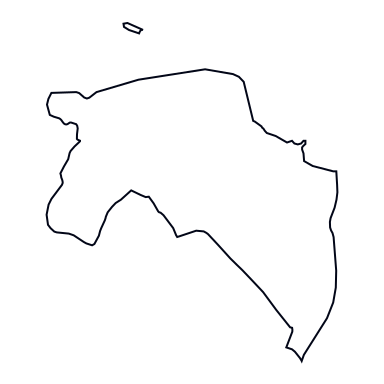 Groningen, Mercator projection
{"feature_id": "NLD-897", "entity_name": "Groningen", "entity_type": "Province", "adm_level": 1, "iso_a3": "NLD", "parent_name": "Netherlands", "parent_adm1": "", "projection": "mercator", "projection_center": [6.616, 53.2], "detail": "fine", "context": "isolated", "style": "outline", "palette": "ink", "viewbox_px": 384, "rotation_deg": 0, "n_neighbors": 0, "source": "natural_earth", "source_scale": "10m", "svg_char_len": 1953}
<svg xmlns="http://www.w3.org/2000/svg" viewBox="0 0 384 384"><path d="M336.3,171.3L337.1,184.7L337.4,192.3L336.5,199.6L334.6,207.7L330.6,218.1L329.9,221.9L330.1,227.5L331.1,230.5L332.5,233.0L333.6,237.1L336.2,270.7L335.8,287.6L333.2,302.5L327.0,318.2L303.9,354.8L301.7,361.0L301.6,360.8L300.0,358.1L294.9,351.7L292.0,349.3L286.3,347.4L292.3,331.7L292.4,329.8L292.1,327.8L290.1,327.3L276.3,310.0L263.1,292.1L252.2,280.5L242.3,270.1L237.0,265.0L230.3,258.4L217.9,244.7L208.0,234.1L206.4,232.9L203.7,231.4L196.2,230.7L178.8,236.5L177.2,237.0L176.7,236.1L176.2,235.4L173.2,228.1L163.5,215.2L160.6,212.7L159.0,212.2L158.2,211.4L153.6,203.3L148.8,196.7L145.7,197.1L140.5,194.9L131.2,190.4L120.9,199.7L115.7,203.0L112.0,206.9L107.7,212.3L105.8,216.9L105.6,218.0L104.8,220.4L101.3,228.0L100.1,231.0L98.9,235.7L94.4,244.0L92.1,245.3L86.3,243.4L83.8,242.0L73.7,235.3L68.8,233.6L56.8,232.4L54.3,231.6L50.6,228.2L48.0,224.8L46.6,214.7L48.6,204.6L51.5,198.8L62.0,184.8L62.7,182.9L62.6,181.6L62.3,180.2L61.8,178.8L61.3,177.6L61.0,175.6L60.4,173.4L64.0,166.4L68.2,159.2L69.6,153.1L70.6,151.0L74.5,146.5L79.2,142.1L80.0,141.2L80.0,140.7L78.1,139.9L77.4,139.5L76.9,138.9L77.0,134.3L77.7,128.4L77.2,125.8L76.2,124.2L71.0,122.5L70.0,122.5L69.3,122.9L67.7,124.0L66.7,124.4L65.8,124.4L65.0,124.2L64.0,123.6L62.9,122.3L61.2,119.9L60.1,118.9L59.1,118.3L53.8,116.7L49.8,114.9L47.0,104.6L48.4,98.9L51.4,92.9L76.3,92.1L79.2,93.1L84.2,97.5L86.9,98.5L89.3,97.7L96.5,92.1L138.5,79.7L205.1,69.3L233.0,74.1L238.9,76.8L243.7,81.8L253.2,120.9L254.7,121.5L261.5,126.4L262.1,127.6L263.4,128.6L264.8,130.8L266.8,133.0L275.7,136.0L287.0,142.5L292.0,140.8L294.4,143.5L297.8,144.4L301.1,143.5L303.5,140.8L305.4,140.8L305.4,144.0L303.2,146.0L302.1,147.4L302.1,149.5L303.5,153.4L304.1,161.1L312.7,166.0L333.1,171.3L336.3,171.3ZM123.5,23.7L127.4,23.0L143.0,29.9L141.7,29.8L140.7,30.4L139.8,31.6L139.1,33.4L129.0,30.0L124.0,26.9L123.5,23.7Z" fill="none" stroke="#020617" stroke-width="2"/></svg>